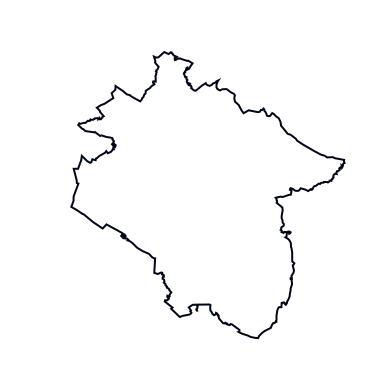 outline of Strugari, Bacau, Romania, rotated 24°
{"feature_id": "2599482B25592261282665", "entity_name": "Strugari", "entity_type": "district", "adm_level": 2, "iso_a3": "ROU", "parent_name": "Romania", "parent_adm1": "Bacau", "projection": "robinson", "projection_center": [26.748, 46.532], "detail": "fine", "context": "isolated", "style": "outline", "palette": "ink", "viewbox_px": 384, "rotation_deg": 24, "n_neighbors": 0, "source": "geoboundaries", "source_scale": "gbopen_adm2", "svg_char_len": 5975}
<svg xmlns="http://www.w3.org/2000/svg" viewBox="0 0 384 384"><g transform="rotate(24 192 192)"><path d="M311.9,298.5L311.8,296.3L313.4,292.2L314.9,289.5L319.3,284.0L319.1,280.7L319.6,278.7L320.3,278.5L321.8,276.3L321.1,275.9L321.3,274.6L319.6,270.9L318.1,265.5L318.0,263.3L318.5,261.7L320.5,260.8L319.1,256.9L319.9,256.5L320.1,255.8L321.2,255.4L321.9,256.2L323.0,255.7L323.4,256.1L323.2,256.8L323.6,256.9L323.9,255.2L323.5,253.5L323.8,250.4L323.6,247.5L322.6,244.5L322.2,242.0L321.4,240.3L320.9,235.6L318.5,231.2L317.5,231.4L317.2,230.7L318.4,230.4L317.0,228.1L317.5,224.5L317.1,222.3L313.8,217.9L314.4,216.9L314.5,215.5L312.0,214.7L311.5,214.0L308.1,206.5L305.7,202.7L304.9,202.1L303.1,198.5L300.8,196.6L299.1,195.8L295.8,195.4L296.5,194.5L295.3,190.6L297.0,189.4L297.8,190.6L298.5,189.6L298.5,188.7L296.8,188.5L294.3,190.4L293.1,190.6L293.0,191.2L292.3,191.4L292.0,192.2L291.2,191.8L290.1,192.2L289.7,190.9L288.5,190.7L288.7,189.9L288.1,188.5L288.2,187.6L289.3,186.0L289.3,184.8L288.9,183.9L287.2,183.0L286.2,181.0L284.7,179.7L283.7,177.5L282.3,171.9L280.8,169.4L273.9,167.5L274.1,167.1L273.3,165.6L272.8,165.4L272.1,164.1L270.8,163.2L274.7,160.3L277.0,159.6L281.5,155.4L283.4,154.2L282.4,150.4L280.5,150.2L280.3,149.4L280.6,148.3L283.2,148.2L285.5,148.8L286.7,148.6L288.8,147.5L289.3,146.7L289.8,144.4L294.8,143.7L297.8,143.9L299.4,141.0L300.2,141.5L300.9,140.8L301.1,137.5L301.6,136.7L302.5,136.3L304.4,132.8L305.7,132.6L306.1,131.2L308.5,129.8L308.4,129.2L311.5,127.9L312.3,128.0L313.2,126.6L313.1,125.7L314.8,125.1L314.4,123.9L315.1,123.2L314.8,122.5L315.3,121.8L315.4,120.9L314.7,120.3L314.5,118.5L315.2,117.7L315.3,117.0L316.7,116.7L316.1,116.1L316.1,113.9L316.9,113.7L317.9,111.8L317.0,110.8L317.0,110.1L317.5,109.4L318.5,109.6L318.2,108.6L319.2,108.6L319.2,108.1L318.1,106.9L319.2,107.1L319.3,106.5L318.6,105.7L318.6,105.0L318.9,104.1L319.6,103.5L318.4,102.3L317.9,100.8L308.9,103.0L306.5,102.9L301.2,105.5L298.8,104.9L294.3,105.4L287.1,104.9L274.7,103.6L267.1,102.3L265.2,101.1L258.9,99.6L255.7,99.9L246.4,95.2L244.3,91.9L241.2,89.3L238.5,88.9L234.8,87.4L233.2,87.3L232.4,90.7L231.2,91.5L229.7,91.9L226.9,89.2L225.0,88.3L224.5,87.1L223.3,86.7L222.8,88.5L221.5,89.2L221.3,91.1L219.9,92.2L210.6,94.3L207.1,99.0L204.4,97.5L199.2,93.5L194.6,92.0L192.9,89.8L192.2,88.3L192.0,86.3L190.3,85.3L186.7,85.1L181.9,83.9L178.0,85.7L176.4,87.7L175.2,87.9L172.8,87.3L171.6,86.2L170.6,83.4L170.7,82.1L170.3,81.4L170.7,79.3L169.4,80.8L168.7,82.7L166.9,84.5L166.4,86.2L164.8,88.0L162.0,88.0L160.8,87.6L160.3,87.0L157.7,91.0L154.6,97.3L154.0,98.1L152.6,98.4L148.9,97.4L149.0,96.4L147.9,95.3L146.7,95.1L146.4,95.6L145.5,95.7L145.2,95.2L145.8,93.9L144.7,93.9L144.8,95.0L143.8,94.7L142.2,93.1L142.3,91.6L141.2,91.2L140.2,89.3L139.2,89.9L136.3,87.0L136.4,86.1L137.0,85.6L136.6,85.3L136.9,82.9L136.6,82.2L137.0,81.5L136.6,80.7L137.2,80.1L137.9,81.0L138.1,82.0L139.3,80.5L139.4,78.3L140.2,74.2L135.1,73.6L134.6,74.1L129.8,74.7L126.7,74.8L126.0,75.5L125.0,75.5L123.5,77.9L122.6,78.3L121.7,76.7L123.0,74.7L119.6,74.7L117.9,73.4L117.1,73.6L116.5,72.8L115.7,73.1L114.5,75.5L109.8,75.4L106.5,82.7L104.6,83.8L102.2,83.8L105.4,87.4L105.5,88.6L106.1,89.1L110.6,91.2L110.6,94.2L110.0,95.2L110.0,96.4L110.9,96.8L111.0,98.4L111.5,99.1L111.4,101.0L112.2,102.1L113.9,105.9L112.7,106.1L111.6,106.8L111.9,108.0L113.3,108.3L113.9,108.8L111.8,112.1L111.5,113.8L108.6,118.3L109.5,121.0L108.8,122.3L109.0,125.2L108.3,126.4L108.5,128.0L107.8,130.3L97.7,129.4L95.9,128.8L92.9,129.3L87.7,127.8L79.1,126.3L80.4,129.8L78.4,134.4L81.9,138.2L76.2,147.0L73.4,149.8L70.8,153.7L74.8,155.3L75.7,156.4L80.5,158.7L79.6,160.0L79.8,160.6L79.3,161.6L79.3,162.4L78.2,162.7L77.6,162.3L77.8,163.0L77.0,162.9L76.8,163.4L76.6,162.9L75.6,163.0L73.3,164.3L73.3,164.9L72.6,165.4L72.2,166.3L70.3,167.1L70.0,167.7L69.7,167.4L69.5,168.0L69.8,168.4L68.7,169.3L67.8,169.4L66.6,172.2L65.1,172.8L62.3,175.1L61.2,175.0L60.9,175.3L61.1,176.7L60.1,176.8L65.9,178.9L67.1,178.8L69.8,179.7L78.7,177.2L78.9,176.7L85.3,178.1L86.5,177.0L91.1,176.6L96.9,175.1L97.8,175.5L97.9,176.4L99.8,177.1L100.1,177.8L99.8,178.3L100.1,178.8L99.5,180.9L100.3,181.3L100.6,180.1L101.1,179.8L101.3,180.4L101.6,180.4L101.5,179.9L103.2,180.2L103.3,180.7L102.4,181.8L103.4,182.0L103.4,182.3L102.0,182.2L101.9,182.5L102.1,183.7L103.2,184.7L102.2,185.3L102.3,186.0L101.6,188.3L99.4,190.8L97.0,189.6L96.7,191.4L92.6,196.9L91.3,199.9L90.7,200.6L91.0,202.2L87.6,202.7L87.9,205.7L87.0,206.8L83.6,206.4L76.7,203.8L77.8,207.9L78.5,217.1L74.5,218.9L81.9,228.2L83.1,230.6L84.8,230.5L85.7,244.3L87.4,248.3L87.8,254.7L93.7,255.3L101.0,256.6L102.1,256.4L113.8,259.7L125.2,261.7L127.1,256.4L144.5,257.8L146.7,258.4L147.4,258.2L149.3,259.1L149.4,259.7L147.6,260.0L145.4,259.6L145.2,261.0L148.2,262.1L151.8,261.0L153.5,261.7L153.1,262.4L155.3,262.2L158.5,262.9L164.4,265.2L171.0,266.1L177.9,266.0L182.0,267.8L183.7,268.0L185.3,267.6L190.4,281.2L194.0,280.9L196.6,278.1L197.5,277.9L197.9,278.1L198.1,279.5L199.8,279.3L200.2,279.6L200.6,280.9L200.1,280.9L200.0,282.4L200.4,283.2L202.2,283.5L203.2,284.9L203.1,286.3L205.3,286.9L205.7,288.0L207.5,288.5L207.7,289.4L208.2,289.7L208.6,289.5L210.8,290.1L211.3,291.0L213.9,292.1L213.3,295.0L214.0,296.3L213.5,296.8L211.9,296.8L212.3,297.4L212.1,297.8L214.2,298.4L214.3,298.9L213.6,299.4L213.8,300.2L213.1,301.3L211.5,301.8L211.6,303.1L221.2,305.5L220.4,307.1L231.7,311.2L233.4,309.3L239.5,305.0L240.5,303.4L240.6,302.5L239.0,301.7L239.3,300.7L236.0,298.7L238.5,294.8L241.9,293.1L242.8,293.5L243.9,295.1L244.0,296.8L243.6,297.4L244.6,298.4L244.8,298.3L243.9,297.5L244.2,296.2L243.6,293.9L242.1,293.0L253.9,287.6L254.9,287.8L255.5,290.0L257.2,293.0L258.3,293.3L260.1,294.9L262.1,295.6L263.5,294.1L263.1,292.6L263.7,292.6L266.4,293.9L266.1,294.5L267.3,295.3L268.1,296.6L273.7,299.2L275.6,298.7L275.6,297.9L277.5,297.9L277.7,298.6L280.1,298.4L280.6,298.2L281.0,296.9L282.2,296.7L291.4,298.7L291.9,299.7L291.9,300.5L291.5,300.9L295.2,301.1L301.6,300.4L304.2,300.6L309.0,299.6L311.9,298.5Z" fill="none" stroke="#020617" stroke-width="2"/></g></svg>